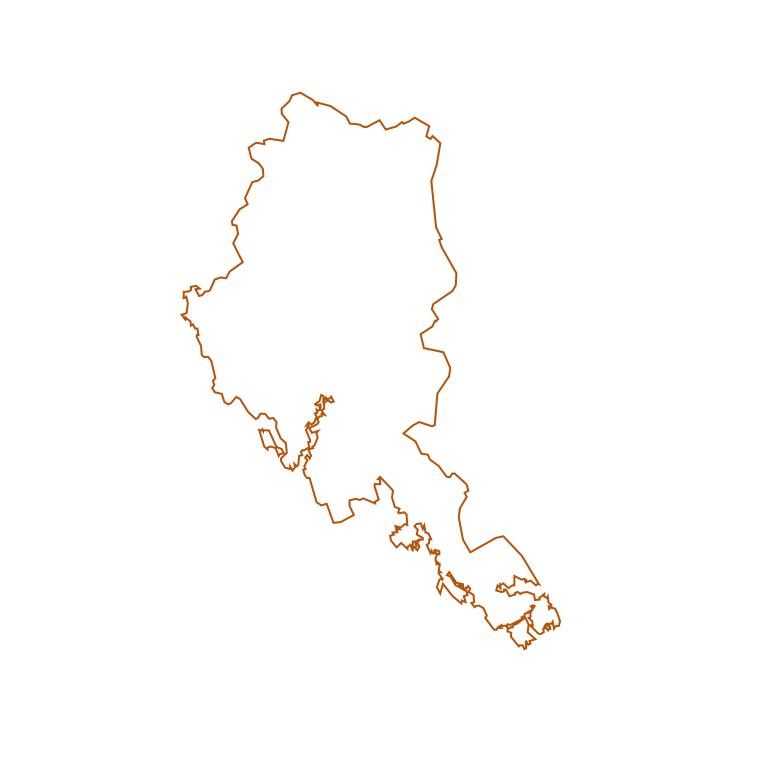 Fjaler nor, Sogn og Fjordane, Norway (Mercator projection), rotated 244°
{"feature_id": "86288312B14759313964595", "entity_name": "Fjaler nor", "entity_type": "district", "adm_level": 2, "iso_a3": "NOR", "parent_name": "Norway", "parent_adm1": "Sogn og Fjordane", "projection": "mercator", "projection_center": [5.23, 61.279], "detail": "fine", "context": "isolated", "style": "outline", "palette": "amber", "viewbox_px": 768, "rotation_deg": 244, "n_neighbors": 0, "source": "geoboundaries", "source_scale": "gbopen_adm2", "svg_char_len": 6136}
<svg xmlns="http://www.w3.org/2000/svg" viewBox="0 0 768 768"><g transform="rotate(244 384 384)"><path d="M534.9,232.5L528.0,233.8L530.8,234.7L525.0,237.5L521.1,236.0L521.4,238.4L516.5,238.6L515.7,240.6L509.3,238.7L510.1,237.6L508.6,236.3L498.5,236.3L490.1,233.0L487.3,233.9L485.5,237.8L480.6,238.9L463.1,235.0L462.0,231.7L457.5,231.1L455.7,227.8L450.8,228.3L446.2,233.9L437.9,232.6L434.1,234.8L433.8,238.0L437.2,245.5L433.7,248.0L418.2,249.7L408.8,253.3L408.7,255.8L411.5,259.9L409.2,264.1L403.1,265.5L402.1,269.5L396.9,270.7L392.1,267.9L380.5,267.3L373.9,269.9L364.8,266.5L362.2,258.8L359.8,257.7L352.2,258.4L348.8,262.3L351.0,263.5L346.3,263.8L348.2,267.5L351.4,268.5L348.1,269.6L349.1,271.6L356.6,276.3L355.9,279.3L359.5,279.6L360.4,281.7L359.4,282.5L359.9,288.9L365.0,290.5L364.3,291.9L365.8,293.0L376.7,293.6L379.4,298.1L380.6,298.1L380.6,296.1L382.7,299.4L379.3,300.9L380.1,304.6L384.2,309.2L387.8,308.9L387.3,311.3L390.5,312.2L388.9,313.4L389.0,315.4L391.6,315.9L391.2,317.1L393.5,317.8L394.3,314.0L396.1,313.2L396.9,318.5L401.6,322.7L399.7,324.4L395.4,322.1L397.3,325.8L395.7,325.7L394.8,328.5L395.9,330.9L390.3,331.1L390.6,328.3L393.8,326.4L393.9,324.4L393.0,321.6L387.9,319.4L388.0,316.1L382.3,317.2L384.6,314.8L382.4,313.9L383.1,311.9L381.8,308.7L378.2,308.5L377.2,306.5L377.0,297.6L371.7,297.8L370.7,304.2L369.6,301.8L364.8,300.8L359.3,294.6L359.0,292.1L357.4,292.1L358.4,287.3L351.6,287.0L349.6,284.5L353.7,283.9L352.6,281.0L348.9,281.7L345.1,276.3L341.9,276.2L342.4,273.8L336.7,272.8L333.1,273.7L332.2,275.9L307.4,271.6L302.4,274.4L301.5,280.0L281.4,277.7L278.9,284.5L279.5,299.5L289.5,299.6L294.5,302.0L293.3,308.0L290.3,311.5L290.2,315.2L280.6,323.7L282.0,324.1L282.5,328.6L296.5,330.7L298.1,331.9L295.5,336.7L299.9,338.5L301.1,336.9L302.2,339.7L284.3,345.4L278.4,341.4L268.8,339.8L265.1,343.3L262.4,340.4L261.2,340.8L259.8,346.0L256.9,347.1L247.0,343.1L248.9,341.6L247.7,335.9L251.2,332.0L248.2,331.5L249.4,332.3L246.5,334.2L247.8,331.1L248.6,331.1L245.0,331.0L246.7,326.6L244.3,326.9L244.9,322.9L240.1,321.7L231.6,323.7L233.6,329.7L225.6,332.8L227.2,333.6L227.9,337.3L221.1,336.6L229.8,340.9L228.9,342.9L223.7,342.0L224.2,339.6L219.9,341.0L222.4,344.7L228.1,344.1L228.8,346.2L227.6,346.5L228.6,347.8L227.1,350.5L228.6,351.4L234.4,347.5L238.3,350.5L242.8,349.0L243.9,351.9L242.6,355.9L236.6,355.3L239.3,358.2L232.5,356.3L229.9,358.5L223.7,358.3L224.5,356.5L221.3,354.8L220.6,351.9L211.7,351.6L213.3,353.7L210.5,353.2L209.8,354.8L211.2,355.6L208.8,356.4L212.4,357.3L209.4,360.4L206.7,359.1L207.9,357.6L204.8,353.8L198.8,352.2L198.4,353.6L200.0,354.1L197.5,355.2L192.4,351.4L190.4,352.2L191.2,351.0L190.1,350.1L183.2,351.3L182.4,350.7L184.1,349.5L183.7,347.9L178.2,342.5L171.0,342.7L178.6,349.4L163.0,352.7L152.8,357.4L155.2,359.1L152.3,361.8L158.3,362.8L157.6,366.4L161.4,367.4L172.1,360.0L181.7,359.5L184.6,356.8L186.3,360.1L173.6,361.9L169.4,367.2L167.2,366.3L169.9,363.6L166.9,363.8L167.3,365.8L164.3,365.4L165.0,368.7L164.2,368.7L165.5,371.0L162.4,371.8L160.1,368.9L155.2,372.0L148.4,369.4L148.9,366.6L143.7,367.6L144.2,369.6L143.1,372.4L139.0,375.1L130.6,374.9L129.5,372.4L114.9,375.2L113.8,377.6L115.2,379.2L113.5,382.2L115.5,381.2L115.8,384.1L114.6,384.0L113.5,387.6L110.6,388.0L113.8,389.7L112.1,392.1L112.2,405.0L114.0,405.4L113.9,408.3L115.8,409.9L115.1,413.1L115.9,413.1L116.0,417.6L117.3,419.6L119.8,418.5L120.0,420.4L118.5,422.1L114.3,415.5L110.3,413.4L110.4,411.4L105.9,413.2L101.6,411.8L103.2,409.5L92.2,413.2L90.6,415.2L90.9,418.8L95.2,420.2L93.8,420.4L94.0,422.3L96.8,422.1L90.6,423.5L91.7,424.8L90.9,426.0L93.3,426.8L96.6,423.3L97.3,425.4L95.1,426.5L96.1,427.3L95.0,429.7L96.3,431.4L89.6,429.5L91.1,432.0L90.0,435.2L93.6,438.2L101.6,439.3L107.2,439.2L110.2,435.5L109.4,433.9L113.0,434.8L111.0,435.1L110.9,437.1L112.5,437.6L115.4,436.0L121.3,438.0L120.2,436.6L123.0,434.7L125.0,435.9L123.6,429.9L122.0,429.4L123.7,425.0L128.9,426.6L134.1,421.7L135.8,417.0L135.5,414.5L138.6,413.0L138.7,410.2L137.3,409.8L138.2,403.8L145.7,403.4L146.7,402.0L145.1,401.0L145.3,398.7L149.2,394.4L153.1,397.8L149.4,399.2L153.2,400.6L152.2,401.4L152.5,403.8L146.0,406.4L146.7,411.3L145.8,412.8L154.3,417.1L147.9,421.8L147.4,424.6L144.2,424.5L145.4,425.7L143.4,426.0L142.9,429.6L136.4,432.3L137.1,434.7L136.1,435.5L169.0,432.6L194.8,424.5L196.6,417.3L194.9,387.8L209.3,386.7L231.5,392.8L239.1,397.9L246.3,408.9L250.9,408.8L251.1,413.1L257.6,414.2L272.6,408.3L273.6,406.1L271.3,402.5L273.2,399.6L286.2,397.3L296.1,392.1L301.2,392.5L305.0,387.0L318.5,387.1L331.0,379.8L334.1,391.6L334.4,398.9L324.9,408.7L324.8,411.6L352.0,427.8L362.4,445.9L369.4,450.6L386.5,451.3L398.8,435.6L412.8,438.8L414.4,452.5L418.4,457.6L417.6,458.2L418.7,461.2L430.2,459.8L434.2,463.3L437.6,486.5L441.3,491.8L451.7,497.6L481.6,495.8L489.3,496.8L489.0,499.4L502.0,499.5L545.6,515.5L557.6,527.2L575.7,540.2L585.6,536.3L583.9,533.3L588.0,530.6L596.0,537.7L609.9,528.3L609.0,521.2L609.5,515.6L611.5,515.2L610.1,507.5L612.0,497.1L623.0,495.7L622.5,481.4L623.9,478.6L627.9,475.7L633.1,467.5L641.0,467.3L657.1,457.9L666.3,447.3L662.8,446.5L670.5,444.5L682.4,436.6L683.8,428.0L679.5,422.7L676.4,412.6L671.7,410.6L661.1,412.9L646.6,400.1L654.6,388.6L655.4,382.7L652.0,381.7L656.9,374.8L655.7,366.0L644.7,363.6L637.0,368.3L630.4,369.4L623.7,366.7L622.0,360.4L623.2,354.1L612.0,340.6L605.3,340.2L604.3,330.9L597.1,318.7L593.4,317.6L591.2,320.9L583.0,318.7L576.4,310.1L555.4,310.4L552.7,294.5L548.2,288.4L551.3,284.1L552.1,277.6L544.8,269.0L544.3,267.0L545.5,263.4L543.6,259.8L544.1,256.4L551.8,256.1L550.5,260.2L554.6,258.2L556.0,252.9L553.1,251.8L552.8,248.9L554.6,244.5L549.1,241.5L548.6,243.9L550.2,244.8L542.6,243.1L534.3,237.7L534.9,232.5ZM101.3,387.3L89.1,390.1L89.7,391.3L88.2,394.1L84.2,394.0L84.3,396.0L91.1,399.0L86.5,399.3L86.4,401.7L89.2,402.2L88.2,408.2L98.0,404.3L104.4,408.6L112.1,408.6L110.2,398.1L110.6,395.3L108.9,392.4L109.7,392.0L109.3,387.6L107.5,386.5L104.6,389.3L101.3,387.3ZM380.3,248.9L376.2,250.6L377.8,251.4L377.6,254.6L373.9,258.5L365.4,257.8L366.6,259.5L365.8,263.5L370.5,263.5L374.6,259.8L392.7,260.2L395.3,255.3L394.6,254.8L396.6,254.9L395.8,253.7L397.5,251.7L380.3,248.9Z" fill="none" stroke="#b45309" stroke-width="2"/></g></svg>